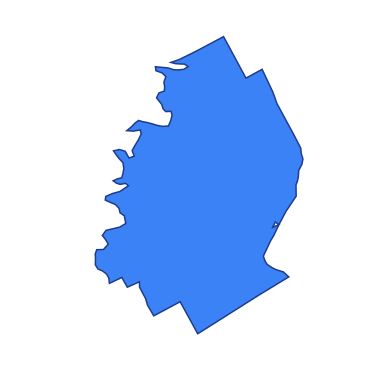 São Paulo das Missões, Rio Grande do Sul, Brazil (Equal Earth projection), rotated 242°
{"feature_id": "56859067B46087315039211", "entity_name": "São Paulo das Missões", "entity_type": "district", "adm_level": 2, "iso_a3": "BRA", "parent_name": "Brazil", "parent_adm1": "Rio Grande do Sul", "projection": "equal_earth", "projection_center": [-54.951, -27.981], "detail": "fine", "context": "isolated", "style": "filled", "palette": "blue", "viewbox_px": 384, "rotation_deg": 242, "n_neighbors": 0, "source": "geoboundaries", "source_scale": "gbopen_adm2", "svg_char_len": 1717}
<svg xmlns="http://www.w3.org/2000/svg" viewBox="0 0 384 384"><g transform="rotate(242 192 192)"><path d="M228.6,113.8L225.6,111.6L222.2,114.2L216.9,118.5L211.9,119.9L207.4,118.7L202.7,121.1L195.3,118.7L194.9,111.9L196.7,104.8L198.5,98.1L195.7,92.4L190.2,93.4L185.3,93.5L182.8,86.8L185.8,80.8L182.6,77.4L179.0,75.8L173.2,72.5L168.1,72.8L164.3,75.9L159.6,78.1L155.0,78.1L150.1,76.2L149.5,89.9L138.3,90.2L137.4,103.4L132.5,101.0L119.8,101.0L112.8,99.6L100.6,100.1L100.7,130.0L88.1,130.2L64.2,130.5L65.1,143.5L69.6,203.0L71.6,237.6L78.6,235.1L83.6,230.1L87.4,227.3L92.7,224.4L96.6,224.1L101.9,224.9L112.1,238.6L115.2,243.8L122.4,253.5L130.8,265.9L139.4,282.0L149.5,287.2L152.3,290.4L155.6,293.1L160.9,296.3L164.8,302.0L169.0,305.4L174.9,306.6L179.5,308.6L194.2,308.8L230.1,308.5L242.2,310.3L267.4,311.5L267.2,293.1L314.4,292.8L314.4,260.7L315.0,242.5L316.3,234.2L312.9,237.9L310.6,241.7L308.4,245.5L304.5,247.4L304.2,242.2L306.3,237.1L308.4,233.4L312.7,229.2L316.3,223.8L319.8,218.5L316.0,217.1L311.2,221.5L306.2,223.1L302.1,218.7L298.1,217.4L294.1,215.0L295.0,209.4L291.8,204.9L287.2,205.7L283.4,206.4L279.0,205.5L275.3,206.6L273.1,211.3L269.2,210.5L265.2,206.9L261.4,202.2L263.7,196.9L267.2,192.5L271.3,188.4L274.6,184.8L277.3,181.4L280.3,178.4L279.5,173.7L277.9,168.8L276.8,163.2L273.3,168.8L271.0,175.5L267.0,174.3L263.4,169.4L259.7,163.2L256.7,158.6L250.8,157.8L251.6,152.3L259.2,152.2L263.6,147.9L265.2,142.0L260.8,142.5L255.8,143.3L250.3,144.8L244.7,142.8L240.4,139.4L237.6,136.6L238.7,132.1L238.9,127.6L235.2,129.5L232.5,132.1L230.8,137.4L227.3,138.8L226.9,134.0L226.3,128.5L227.9,121.6L228.6,113.8ZM122.4,253.5L122.9,246.7L126.4,251.4L122.4,253.5Z" fill="#3b82f6" stroke="#1e3a8a" stroke-width="1.5"/></g></svg>